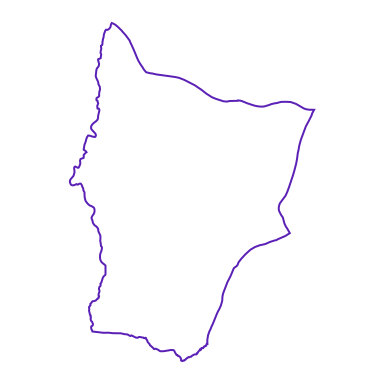 Kuleaen, Preah Vihéar, Cambodia (Equal Earth projection)
{"feature_id": "14789045B31291956543174", "entity_name": "Kuleaen", "entity_type": "district", "adm_level": 2, "iso_a3": "KHM", "parent_name": "Cambodia", "parent_adm1": "Preah Vihéar", "projection": "equal_earth", "projection_center": [104.523, 13.796], "detail": "fine", "context": "isolated", "style": "outline", "palette": "violet", "viewbox_px": 384, "rotation_deg": 0, "n_neighbors": 0, "source": "geoboundaries", "source_scale": "gbopen_adm2", "svg_char_len": 5832}
<svg xmlns="http://www.w3.org/2000/svg" viewBox="0 0 384 384"><path d="M111.8,23.0L111.0,24.3L110.5,26.9L109.4,28.6L107.6,29.9L106.6,29.9L106.1,29.7L105.6,30.3L105.2,30.8L104.8,32.0L104.0,34.1L103.9,34.5L103.6,37.0L103.5,37.4L103.4,38.0L103.0,38.8L103.0,39.3L102.8,39.8L102.8,40.7L102.6,41.1L102.6,41.5L102.4,42.2L102.5,42.9L102.3,44.6L102.2,44.9L101.8,45.3L101.1,45.6L100.9,46.0L101.3,48.9L100.7,51.1L100.6,52.4L100.6,53.2L101.1,54.0L101.2,54.7L101.0,55.5L100.7,58.1L99.1,59.0L98.3,59.1L98.1,59.5L98.0,59.8L99.1,63.8L98.9,65.2L98.5,66.5L97.0,68.3L96.5,69.4L95.7,76.0L96.4,78.2L98.1,81.8L98.2,82.1L98.3,83.2L98.6,84.6L99.8,86.7L100.0,89.2L100.0,89.8L99.7,90.4L99.5,91.5L99.3,91.9L99.1,94.6L99.2,95.5L99.0,96.3L98.6,96.8L96.8,97.9L96.5,98.3L96.4,99.6L96.5,100.2L96.8,100.5L97.1,100.5L97.5,100.8L97.7,101.6L97.9,102.8L98.2,103.4L97.3,105.8L97.2,106.2L97.4,107.3L97.4,108.1L97.6,108.6L98.2,108.5L98.9,108.7L99.3,109.6L99.4,110.4L98.2,115.5L98.0,118.2L97.5,119.7L96.4,120.9L93.1,123.5L92.0,124.8L91.3,126.0L91.0,127.9L91.1,128.3L91.5,129.4L95.2,133.4L95.7,134.3L95.9,135.4L95.7,136.1L95.4,136.7L94.9,137.0L92.5,136.6L89.4,135.6L88.2,135.5L87.0,137.2L86.3,139.1L85.6,141.9L84.5,144.7L83.7,149.3L83.7,149.7L85.6,151.0L86.5,152.2L85.8,152.7L83.8,154.7L83.8,155.4L83.6,155.9L83.8,156.9L83.5,158.0L81.2,158.7L80.5,159.1L80.0,160.8L80.3,162.6L80.2,164.0L79.3,166.4L78.8,167.4L78.5,167.7L78.1,167.8L77.5,167.6L75.2,166.5L74.4,167.1L74.2,167.5L74.1,168.5L74.4,170.2L74.5,172.4L73.8,174.9L73.5,175.8L73.1,176.3L70.6,179.3L70.0,180.4L69.9,181.0L70.0,182.3L70.6,184.1L71.3,184.9L72.3,185.3L73.1,185.3L74.3,185.1L76.5,184.1L77.3,184.6L77.8,184.6L79.3,183.8L80.1,183.6L80.6,183.6L81.0,183.9L82.1,185.7L82.3,186.9L83.0,187.9L83.2,188.6L83.5,190.7L84.3,191.9L84.5,192.5L84.5,194.4L84.7,197.4L85.5,200.7L86.8,202.6L88.2,204.2L89.6,205.4L91.5,206.1L93.2,207.2L93.7,207.5L94.2,208.3L94.5,209.4L94.5,211.9L93.7,214.1L92.9,215.0L91.9,216.8L91.5,217.7L91.9,219.5L92.4,220.2L92.7,222.0L93.2,223.4L94.6,225.3L95.6,225.9L97.1,227.3L97.5,227.8L98.2,229.2L98.3,230.9L98.5,231.6L100.3,235.4L100.4,236.1L100.4,239.1L100.2,240.7L100.7,243.2L101.0,246.1L101.7,246.9L101.9,247.3L102.0,248.0L101.4,250.9L100.5,253.2L100.1,254.7L100.0,257.2L100.2,259.2L100.8,260.9L101.8,262.4L105.2,265.2L105.5,265.7L105.5,274.3L105.4,274.7L105.0,275.2L103.8,276.2L102.9,277.6L101.6,281.6L101.4,282.4L101.1,283.0L100.5,283.5L100.4,283.9L100.7,284.8L100.5,285.8L100.0,286.4L99.6,286.6L99.5,287.0L99.2,287.5L99.0,288.3L98.9,289.0L99.1,289.6L99.5,290.6L99.3,292.1L98.7,293.7L98.6,294.4L98.5,295.2L98.8,295.8L99.0,296.0L98.7,296.8L98.9,296.9L98.6,297.5L98.6,297.9L97.7,298.5L97.5,299.0L96.7,299.4L96.1,300.2L95.8,300.5L94.0,301.1L92.9,301.2L92.2,301.5L91.4,302.8L90.4,303.8L90.5,305.0L90.2,305.1L89.9,306.1L89.0,307.1L89.3,309.7L89.0,310.7L89.7,313.3L89.9,314.6L90.1,315.0L90.5,315.1L90.7,315.7L90.5,316.6L90.9,317.2L90.9,317.8L90.6,318.5L90.7,319.7L91.4,321.3L92.1,321.8L92.9,323.9L92.9,324.9L92.6,325.5L91.6,326.3L91.3,326.4L91.2,326.6L91.1,327.5L91.4,329.2L92.2,330.6L92.4,331.5L103.5,332.8L108.6,332.7L112.9,333.2L120.7,333.3L124.7,334.2L127.3,334.4L130.2,336.0L130.5,336.0L131.3,335.4L131.5,335.4L135.6,337.5L137.5,337.8L139.0,337.0L140.2,337.0L142.2,337.5L143.1,337.5L143.9,338.1L144.3,338.2L145.2,337.8L145.5,337.8L146.0,338.1L146.3,339.3L147.2,340.3L147.6,341.9L149.6,344.2L150.1,345.4L151.2,346.1L151.6,346.7L152.5,347.3L153.9,349.0L154.2,349.1L155.4,348.7L155.9,348.8L158.2,349.8L159.9,351.1L161.5,351.3L164.4,351.1L170.8,350.0L173.4,350.1L174.2,350.7L175.2,352.8L176.4,354.7L176.9,355.1L177.5,355.0L177.7,355.3L177.6,355.6L177.9,355.9L179.4,356.4L180.0,357.0L180.2,357.4L180.5,357.7L181.0,358.9L181.2,359.5L181.1,360.4L181.4,360.8L181.7,360.9L182.5,360.8L182.8,361.0L183.5,360.6L184.3,360.5L184.5,360.0L184.9,359.8L185.3,359.8L185.9,359.0L187.0,358.3L187.3,357.7L188.1,357.5L188.4,357.3L188.8,357.1L189.1,357.3L190.6,356.6L191.0,356.5L191.3,356.6L192.1,355.7L194.0,354.6L194.8,354.4L196.4,354.4L196.7,354.1L196.8,353.2L197.1,353.1L197.3,353.3L197.7,352.8L198.3,351.6L198.6,351.2L199.5,350.5L199.9,349.6L200.6,350.0L201.0,349.5L200.7,349.1L201.1,348.6L201.3,348.9L201.5,348.7L201.8,348.1L202.0,347.9L202.3,347.8L203.2,348.0L203.4,347.5L204.1,346.9L204.1,346.5L205.0,346.1L205.4,346.2L206.2,345.7L206.3,345.4L206.1,345.1L206.5,344.5L206.7,343.8L207.4,343.9L207.3,340.8L207.5,338.6L208.1,335.1L209.4,331.4L210.5,329.2L211.9,325.7L212.8,324.0L216.8,314.0L217.7,312.0L219.3,309.0L220.9,305.5L222.2,300.9L222.5,296.2L223.0,294.0L223.6,292.1L227.4,282.2L230.3,276.6L231.8,273.1L233.7,268.5L234.2,267.8L236.2,266.4L237.0,265.7L237.7,264.6L238.5,262.4L241.4,258.6L245.4,254.3L249.0,251.0L250.6,249.6L255.0,247.0L259.6,245.3L264.6,244.2L266.1,243.7L269.8,242.0L274.5,240.5L276.3,240.1L278.6,238.9L285.5,235.9L289.8,233.1L287.3,228.7L285.8,226.4L284.5,223.6L283.7,220.8L282.9,217.6L281.2,215.1L279.6,212.1L279.0,210.5L278.7,208.8L278.8,207.2L279.4,204.5L280.1,203.0L285.6,195.6L287.4,191.6L289.0,187.2L293.1,174.9L294.4,170.4L296.1,163.9L297.0,159.2L297.8,153.0L298.4,150.6L299.3,145.5L300.9,139.7L305.5,127.3L306.1,125.9L308.5,121.5L311.5,115.6L312.1,113.5L314.1,109.8L309.0,109.7L305.9,109.2L303.6,108.3L301.2,106.9L296.0,103.9L290.6,102.0L285.7,101.8L281.1,101.9L276.9,103.0L273.8,103.5L271.1,104.2L268.8,105.1L264.4,106.4L262.9,106.6L260.4,106.6L257.7,106.3L254.7,105.7L247.6,103.4L241.9,101.1L240.5,100.7L238.0,100.4L237.8,100.8L229.9,101.0L227.3,101.5L225.5,101.5L223.1,101.2L215.5,98.7L211.9,97.2L206.3,93.6L202.0,90.2L195.0,85.4L186.1,80.8L183.6,79.6L178.9,77.8L176.1,77.2L173.7,76.8L156.2,74.4L152.4,73.5L149.9,73.2L146.1,72.2L143.7,69.3L143.2,68.3L140.3,64.0L138.4,60.8L137.0,57.7L133.8,49.9L131.6,45.0L130.4,42.6L129.9,41.4L129.7,40.6L129.3,40.1L125.7,35.2L122.6,31.8L121.7,30.6L118.2,27.2L115.8,25.1L114.2,24.1L111.8,23.0Z" fill="none" stroke="#5b21b6" stroke-width="2"/></svg>